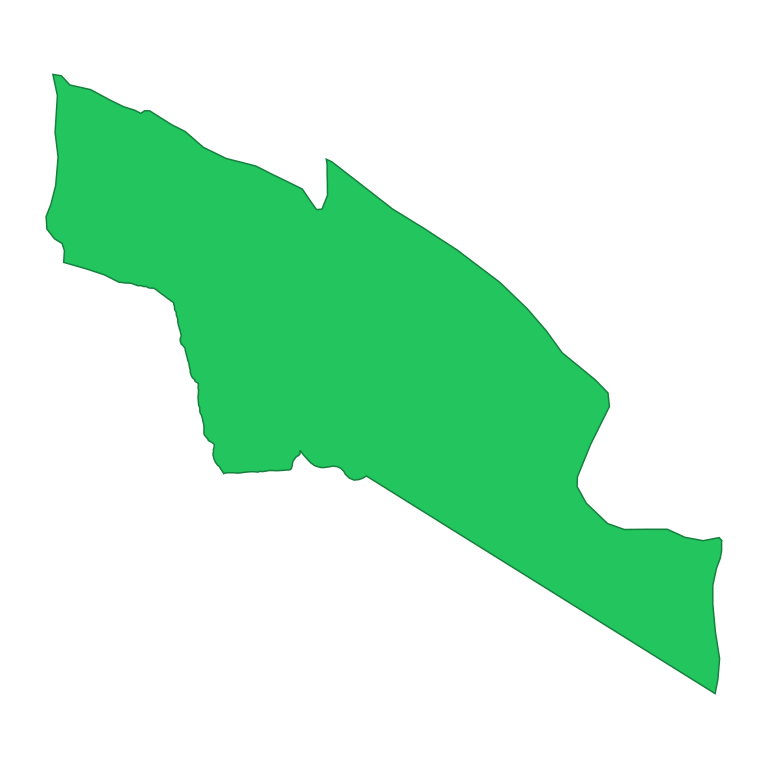 the district of Tunduma, Mbeya, United Republic of Tanzania
{"feature_id": "72390352B1593050996578", "entity_name": "Tunduma", "entity_type": "district", "adm_level": 2, "iso_a3": "TZA", "parent_name": "United Republic of Tanzania", "parent_adm1": "Mbeya", "projection": "mercator", "projection_center": [32.774, -9.303], "detail": "fine", "context": "isolated", "style": "filled", "palette": "green", "viewbox_px": 768, "rotation_deg": 0, "n_neighbors": 0, "source": "geoboundaries", "source_scale": "gbopen_adm2", "svg_char_len": 4235}
<svg xmlns="http://www.w3.org/2000/svg" viewBox="0 0 768 768"><path d="M721.9,540.7L719.1,537.6L703.2,540.7L684.8,537.3L679.9,535.0L667.3,529.3L644.9,529.3L624.3,529.5L614.7,526.1L607.6,523.6L595.5,512.0L586.2,503.1L577.1,486.6L577.4,476.9L590.7,444.2L609.4,406.6L608.0,393.0L595.3,379.9L562.2,352.8L550.9,337.2L546.4,330.9L544.2,328.4L527.2,308.7L500.6,283.1L499.6,282.2L464.1,255.3L457.7,250.4L435.0,235.6L431.2,233.1L425.0,229.0L416.5,223.8L392.2,208.8L386.5,204.3L380.3,199.5L362.9,185.9L348.2,174.5L344.6,171.7L331.8,161.8L326.3,159.2L327.1,164.3L327.1,172.0L327.3,179.8L327.5,195.3L322.0,209.1L316.5,209.6L310.4,201.0L302.3,189.1L298.4,187.1L291.9,183.9L270.5,173.5L264.5,170.4L255.7,166.0L243.2,162.8L226.2,158.5L221.7,156.3L203.4,147.4L185.3,131.6L171.8,124.8L157.5,115.8L149.8,110.9L144.7,110.7L140.8,113.4L135.1,110.4L123.3,106.6L114.1,102.1L108.9,99.5L90.8,89.7L69.9,85.0L61.4,75.8L52.9,74.4L57.4,95.6L55.1,132.4L58.1,157.1L55.7,185.3L50.9,204.3L46.1,216.6L46.6,223.7L46.9,229.1L48.3,230.8L54.5,238.8L62.2,243.6L64.4,250.7L64.0,257.3L63.7,262.4L85.7,268.7L104.0,274.7L118.7,282.1L125.7,283.0L131.0,283.2L132.7,283.8L134.6,284.5L136.0,285.0L137.1,285.5L138.6,285.7L140.0,285.7L140.6,285.5L141.5,285.8L142.5,286.2L144.1,286.6L145.2,286.5L146.4,286.6L148.1,287.6L150.2,288.1L151.6,288.1L152.9,288.2L153.9,288.2L156.4,289.9L159.1,292.0L160.9,293.4L161.2,293.6L165.7,296.9L168.3,298.9L170.2,300.1L170.7,300.6L171.5,301.2L172.5,301.9L173.4,302.6L173.8,303.5L173.8,304.1L173.8,304.7L174.4,306.2L174.6,307.4L174.5,308.0L174.5,308.7L174.6,309.1L174.9,310.0L175.2,310.7L175.7,311.6L176.0,312.1L176.3,312.7L176.3,313.4L176.2,314.2L176.5,315.6L176.8,316.4L177.0,316.9L177.4,317.8L177.5,318.6L177.7,319.2L177.7,320.2L177.7,321.2L177.8,321.9L178.5,325.4L178.7,326.0L179.0,326.8L179.3,327.9L179.4,328.8L179.5,329.2L179.7,329.3L179.9,329.9L180.0,330.4L180.3,331.3L180.6,332.9L181.0,334.6L181.3,335.0L181.1,335.9L181.0,336.8L180.9,337.2L180.6,337.7L180.2,338.5L180.4,339.4L180.1,340.1L180.4,341.6L180.9,342.8L181.4,343.0L181.1,343.9L181.9,344.6L182.5,345.2L183.3,346.0L183.8,346.5L184.3,347.4L185.3,348.5L185.2,349.2L185.2,350.0L185.3,350.7L185.7,351.9L186.1,353.3L186.4,354.9L186.7,356.2L187.2,356.7L187.5,359.6L187.9,360.6L188.4,361.9L188.6,362.3L188.9,363.7L189.1,364.3L189.1,365.0L189.2,365.7L189.3,366.3L189.5,367.1L189.8,368.7L190.1,369.3L190.2,369.9L190.3,370.8L190.3,371.4L190.3,372.2L190.3,372.4L190.6,373.5L191.1,375.0L191.8,376.8L192.9,378.1L193.1,378.3L193.6,378.9L194.6,379.5L194.8,379.6L194.8,379.8L194.8,380.7L195.7,381.7L198.3,383.4L198.3,384.8L198.2,386.0L198.1,387.8L198.3,389.2L198.7,389.5L198.5,390.4L198.4,392.4L198.4,394.3L198.4,395.2L198.2,395.2L198.1,396.6L198.0,398.1L198.1,398.7L198.2,400.0L198.4,402.1L198.5,402.9L198.5,403.7L198.6,405.0L198.9,405.9L199.1,406.4L199.4,406.9L199.6,407.1L199.6,407.6L199.7,408.2L199.8,409.1L199.8,410.2L199.8,411.1L200.0,412.0L200.2,413.0L201.2,414.7L202.0,416.9L202.5,419.2L203.3,422.8L203.5,423.7L203.7,424.7L203.9,425.8L204.0,429.3L203.9,431.4L204.0,433.4L204.0,434.1L205.1,435.9L206.7,437.7L207.5,438.8L208.0,439.0L208.0,439.7L208.4,440.5L209.3,441.0L210.9,441.9L212.6,443.0L214.2,444.2L214.3,445.3L214.0,447.4L213.3,449.9L213.5,451.1L213.4,451.9L213.0,453.6L213.1,455.4L214.2,459.5L215.4,462.1L217.4,465.0L219.5,466.7L220.0,467.8L220.8,469.1L222.4,471.4L223.5,473.2L223.7,473.4L223.8,473.6L225.5,473.0L228.5,472.7L231.0,472.8L234.1,472.8L237.3,473.1L240.7,472.9L244.6,472.3L247.6,472.0L251.3,471.7L255.0,471.8L258.0,472.1L259.9,471.4L263.0,471.6L265.9,471.1L269.4,470.5L272.1,470.5L276.2,470.7L281.0,470.5L284.0,470.3L285.7,470.1L287.1,470.0L288.9,470.0L290.6,469.4L291.4,468.5L292.0,466.4L292.3,464.8L292.7,462.0L293.5,460.5L294.5,459.2L295.6,457.4L296.2,457.0L297.4,456.0L298.7,455.5L300.0,453.8L300.1,451.9L300.1,450.8L300.4,450.8L303.9,455.4L309.1,461.1L310.9,463.0L314.8,465.7L318.0,466.8L321.3,467.6L324.4,467.5L328.0,467.0L333.4,466.1L337.3,466.7L340.7,468.2L343.8,471.3L345.4,474.3L349.3,478.1L354.1,480.1L358.7,479.6L362.3,478.4L366.4,476.0L450.1,528.3L522.6,573.5L715.1,693.6L717.9,679.2L719.6,658.7L715.4,632.0L712.8,604.1L712.8,585.4L716.5,568.3L720.2,558.4L721.0,554.0L721.6,550.7L721.6,541.6L721.9,540.7Z" fill="#22c55e" stroke="#15803d" stroke-width="1.5"/></svg>